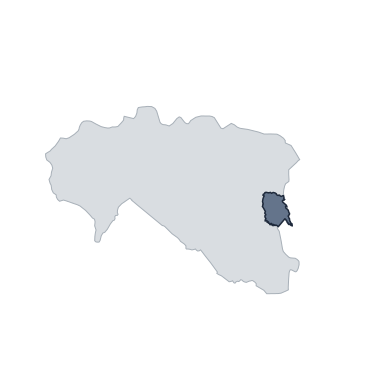 Yagha, Yagha, Burkina Faso (highlighted), rotated 40°
{"feature_id": "67063806B32901667163906", "entity_name": "Yagha", "entity_type": "district", "adm_level": 2, "iso_a3": "BFA", "parent_name": "Burkina Faso", "parent_adm1": "Yagha", "projection": "mercator", "projection_center": [0.619, 13.408], "detail": "fine", "context": "in_parent", "style": "filled", "palette": "slate", "viewbox_px": 384, "rotation_deg": 40, "n_neighbors": 0, "source": "geoboundaries", "source_scale": "gbopen_adm2", "svg_char_len": 6936}
<svg xmlns="http://www.w3.org/2000/svg" viewBox="0 0 384 384"><g transform="rotate(40 192 192)"><path d="M277.2,236.9L268.4,237.3L265.1,238.2L263.2,238.3L263.1,237.4L262.9,237.0L251.6,234.2L243.8,232.6L235.8,230.8L235.3,232.5L234.2,233.6L232.5,233.7L231.3,233.4L230.5,234.7L229.2,236.4L227.3,237.2L225.5,238.3L224.5,239.2L223.7,239.2L221.9,237.1L219.5,236.8L214.9,237.2L212.9,236.6L210.1,236.3L203.6,236.8L193.1,235.9L191.3,236.4L190.9,236.8L180.5,236.9L169.0,237.0L159.5,237.1L151.1,237.1L151.1,236.8L148.4,236.7L148.1,237.5L145.7,246.2L145.4,251.0L146.7,254.0L148.1,255.8L149.7,256.6L149.9,257.7L148.6,259.1L148.7,260.5L150.2,261.9L150.6,263.4L149.8,265.0L150.0,268.9L151.1,275.0L151.1,278.9L150.1,280.7L150.6,283.8L152.7,288.1L153.0,290.0L152.3,290.8L150.6,292.0L148.8,291.9L146.8,289.3L145.9,288.1L144.3,285.5L142.9,282.8L141.0,281.6L139.2,280.5L136.9,277.1L134.8,275.5L132.5,275.9L129.2,275.3L122.4,274.5L115.2,274.7L112.2,275.5L109.2,276.7L101.7,279.5L98.7,280.8L96.5,284.2L93.9,284.1L91.4,283.1L89.8,281.5L86.3,281.8L83.0,280.3L79.8,277.4L77.5,276.4L74.4,274.3L73.6,270.2L71.7,267.3L70.0,263.3L67.4,261.5L64.3,260.6L60.2,260.8L57.5,259.2L55.3,256.9L55.9,254.8L56.9,252.0L57.0,249.2L57.6,244.7L57.2,239.1L56.5,235.2L58.8,233.5L61.4,232.1L63.0,229.4L64.8,223.4L65.5,218.3L65.0,216.4L64.1,214.8L63.4,212.6L63.0,209.9L63.5,207.5L65.5,205.3L68.0,203.4L69.7,202.6L74.5,201.7L80.4,200.3L83.8,198.7L86.3,197.2L87.7,195.9L89.1,193.4L91.4,191.5L93.1,189.5L93.4,184.0L93.4,180.9L92.1,179.1L91.4,177.6L100.1,173.3L100.2,170.3L99.0,166.9L97.2,164.2L96.6,161.8L99.0,159.0L101.2,156.9L102.7,155.2L106.2,152.5L109.8,151.8L113.0,152.8L122.6,159.1L124.3,159.5L126.3,159.1L128.8,157.4L132.1,156.1L133.3,151.8L133.2,145.5L133.9,142.7L135.6,142.1L141.2,143.3L142.6,143.4L144.2,143.0L145.4,141.9L145.3,139.9L145.1,138.1L146.9,132.3L150.1,127.9L156.8,122.4L158.8,121.3L161.3,120.7L173.1,124.5L175.1,123.6L178.0,114.2L181.2,113.3L185.1,113.2L187.6,112.4L188.9,111.7L194.5,108.2L204.5,103.3L209.9,101.3L210.9,100.5L214.8,97.1L219.9,93.1L223.1,92.3L227.6,92.0L230.4,92.7L231.2,93.8L232.1,94.4L238.0,92.7L246.4,95.4L253.7,98.0L253.2,99.6L253.1,102.6L252.5,107.2L251.8,112.8L254.8,116.4L258.4,120.2L259.4,121.7L258.4,125.5L259.1,127.8L261.0,131.5L264.2,136.2L267.5,141.1L269.8,141.7L272.0,142.1L273.3,143.0L275.2,143.8L277.2,144.3L278.8,145.4L279.9,146.4L281.3,149.4L285.0,151.4L287.6,153.3L286.6,154.3L283.3,153.9L280.3,153.1L279.9,154.5L279.8,160.0L280.2,164.5L281.0,165.1L284.0,166.0L291.4,171.9L298.0,177.5L300.2,178.9L303.9,179.5L308.0,179.7L309.7,179.2L313.7,176.4L315.8,176.1L317.8,176.2L318.8,176.6L320.8,178.9L322.5,182.4L323.1,184.9L322.9,186.3L322.3,186.8L319.0,187.5L317.6,188.0L317.3,188.8L317.8,190.5L318.4,191.6L322.0,196.6L327.1,203.3L328.7,205.0L327.8,207.1L325.2,212.3L323.2,214.5L314.6,221.9L310.3,221.1L301.4,222.6L300.1,220.9L298.0,220.6L295.4,220.9L294.5,221.6L294.2,222.3L293.3,223.3L291.7,226.3L290.4,227.0L288.8,227.5L286.9,227.4L285.7,227.8L285.7,229.3L285.4,230.5L284.1,231.2L283.5,232.6L283.6,234.0L282.8,234.6L281.2,234.3L280.2,233.9L279.2,235.7L278.1,236.9L277.2,236.9Z" fill="#d9dde1" stroke="#a8b0b8" stroke-width="1"/><path d="M266.7,167.1L266.8,167.0L266.9,166.9L267.1,166.7L267.2,166.4L267.3,166.2L267.5,166.2L267.8,166.2L268.0,166.1L268.0,165.9L268.4,165.9L268.5,166.0L268.6,166.3L268.6,166.5L268.8,166.8L269.2,166.7L269.3,166.6L269.4,166.4L269.3,166.2L269.4,165.9L269.5,165.9L269.8,165.8L270.0,165.9L270.0,166.0L269.9,166.1L269.9,166.3L270.0,166.4L270.0,166.5L270.3,166.6L270.5,166.7L270.8,166.6L271.1,166.5L271.3,166.4L271.5,166.3L271.9,166.3L272.0,166.4L272.1,166.5L272.4,166.6L272.5,166.6L272.6,166.8L272.8,166.7L273.0,166.5L273.0,166.4L273.0,166.2L272.9,165.8L272.8,165.7L272.8,165.4L272.8,165.2L273.0,165.1L273.3,165.1L273.6,165.3L273.6,165.5L273.8,165.7L273.8,165.8L273.9,165.7L273.9,165.8L274.0,165.9L274.3,165.9L274.5,165.9L274.8,165.7L275.0,165.7L274.9,165.6L275.0,165.6L275.3,165.4L275.2,165.1L275.0,164.9L275.1,164.7L275.4,164.5L275.5,164.5L275.8,164.6L276.0,164.8L276.3,164.8L276.4,164.7L276.6,164.6L276.7,164.3L276.6,164.1L276.8,164.0L277.0,164.1L277.2,163.8L277.4,163.8L277.4,163.7L277.5,163.6L277.7,163.4L277.8,163.4L278.0,163.3L278.1,163.2L278.3,163.2L278.5,163.1L278.8,163.1L279.1,163.1L279.3,163.1L279.5,163.1L279.9,163.1L280.1,163.1L280.3,163.1L280.4,162.2L280.4,161.3L280.4,158.8L280.4,156.7L280.4,154.9L280.4,154.6L280.4,152.9L280.6,152.8L281.3,152.8L281.7,153.0L282.5,153.0L282.9,153.1L284.8,154.2L285.0,154.2L285.3,154.1L285.7,154.3L285.8,154.2L285.9,154.4L286.5,154.6L286.9,154.6L287.1,154.6L287.4,154.5L287.6,154.1L287.6,153.7L287.7,152.8L287.8,152.6L288.0,152.5L288.5,152.9L288.5,153.2L288.6,153.6L289.2,154.0L290.3,153.6L290.5,153.5L290.4,153.3L289.0,152.1L288.3,152.3L288.1,152.2L287.3,152.0L286.2,151.6L286.1,151.4L285.4,151.3L283.7,149.7L283.0,149.7L282.1,148.9L281.2,148.7L280.9,147.6L281.2,147.2L281.0,146.6L280.9,146.2L280.6,145.9L280.3,145.6L279.8,145.6L279.3,145.4L278.5,144.8L277.7,144.3L277.5,144.1L275.4,143.9L274.7,144.1L273.1,143.2L273.0,142.4L273.2,142.1L273.7,142.0L272.8,141.5L268.1,141.4L267.5,141.2L267.1,140.8L266.9,140.5L266.9,140.1L267.6,139.2L267.8,138.9L267.7,138.6L267.5,138.4L267.6,138.1L267.3,138.1L267.3,138.4L266.9,138.3L266.5,138.1L266.3,137.8L266.2,137.3L266.1,137.2L265.6,136.8L265.3,136.6L265.2,136.5L264.8,136.4L264.5,136.2L264.4,136.0L264.2,136.2L263.9,136.6L263.7,137.1L263.5,137.5L263.4,137.8L263.2,138.0L262.9,138.2L262.6,138.2L262.2,138.3L261.8,138.3L261.5,138.2L261.2,138.2L260.8,138.3L260.6,138.4L260.6,138.5L260.5,138.8L260.4,139.0L260.1,139.3L259.8,139.5L259.2,139.6L258.5,139.6L258.4,139.6L258.2,139.6L257.9,139.4L257.8,139.2L257.6,139.2L257.4,139.2L257.2,139.2L256.4,139.3L255.7,139.6L254.8,140.0L254.6,140.1L254.4,140.3L254.1,141.1L253.9,141.4L253.8,141.6L253.8,141.8L253.7,141.9L253.3,141.9L252.5,141.9L252.3,142.0L252.2,142.0L252.0,142.3L251.9,142.5L251.7,142.8L251.6,143.0L251.4,143.1L251.3,143.3L251.2,143.3L250.9,143.6L250.7,143.7L250.6,143.8L250.4,143.9L250.1,144.0L249.6,144.2L249.4,144.4L249.2,144.5L248.9,144.7L248.7,144.9L248.4,145.4L248.3,145.6L248.4,145.8L248.5,145.9L248.4,146.1L248.5,146.8L248.5,147.0L248.4,147.4L248.1,147.8L248.2,148.1L248.2,148.3L248.3,148.5L248.4,148.8L248.6,148.8L248.8,148.8L249.5,148.6L249.9,148.9L250.0,149.6L250.6,151.2L250.8,151.7L251.3,152.5L252.1,153.9L252.2,154.0L252.3,154.1L254.1,155.3L254.1,155.5L254.1,155.8L254.4,155.9L254.5,156.0L254.7,156.4L254.7,156.5L255.3,157.9L256.0,158.0L257.7,158.6L260.8,159.8L261.3,161.4L261.6,161.5L262.1,161.6L262.5,161.7L262.7,161.8L262.8,161.8L263.0,161.9L263.0,162.1L263.2,162.3L263.1,162.5L263.1,162.8L263.2,163.2L263.2,163.4L263.3,163.5L263.5,163.6L263.7,164.0L263.8,164.1L264.0,164.2L264.1,164.3L264.3,164.4L264.5,164.4L264.6,164.5L264.8,164.6L265.0,164.6L265.3,164.8L265.6,164.8L265.8,165.0L265.9,165.3L265.9,165.6L265.9,165.8L266.0,166.3L266.1,166.5L266.3,166.8L266.5,166.9L266.6,167.0L266.7,167.1Z" fill="#64748b" stroke="#1e293b" stroke-width="1.5"/></g></svg>